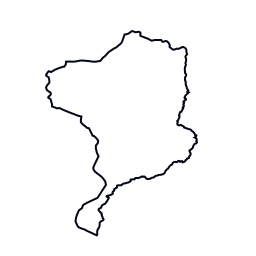 outline of Oporapa, Huila, Colombia, rotated 249°
{"feature_id": "7082276B53955243236004", "entity_name": "Oporapa", "entity_type": "district", "adm_level": 2, "iso_a3": "COL", "parent_name": "Colombia", "parent_adm1": "Huila", "projection": "equal_earth", "projection_center": [-76.08, 2.065], "detail": "fine", "context": "isolated", "style": "outline", "palette": "ink", "viewbox_px": 256, "rotation_deg": 249, "n_neighbors": 0, "source": "geoboundaries", "source_scale": "gbopen_adm2", "svg_char_len": 5701}
<svg xmlns="http://www.w3.org/2000/svg" viewBox="0 0 256 256"><g transform="rotate(249 128 128)"><path d="M216.5,158.3L211.0,153.7L209.6,152.1L207.6,146.3L207.3,145.2L207.3,143.7L205.8,137.1L203.2,132.0L202.6,129.7L200.7,126.6L200.8,124.8L201.6,121.2L203.1,117.8L204.4,115.7L205.2,114.0L207.4,109.5L208.1,107.3L208.8,103.3L209.5,100.8L211.1,96.9L212.2,94.0L209.6,92.7L208.5,91.1L208.1,90.4L208.5,89.4L208.5,87.4L208.7,85.3L208.6,83.0L208.6,80.5L208.3,79.2L207.8,76.3L208.8,75.2L209.4,74.3L208.7,72.9L207.0,70.6L206.2,70.4L203.7,72.1L201.1,71.7L199.9,71.4L198.4,70.7L196.9,67.9L195.4,66.1L193.9,65.8L192.0,66.1L189.3,68.0L188.6,68.4L187.2,68.1L186.4,67.1L185.6,64.8L184.9,64.4L182.6,66.0L176.8,65.5L175.4,64.7L173.7,66.7L171.7,68.9L171.2,71.2L168.7,73.5L164.0,78.4L157.2,86.0L155.4,88.6L153.0,87.2L150.4,86.1L147.5,87.1L144.6,88.9L142.9,89.7L141.7,91.5L133.5,92.2L132.8,93.3L130.7,94.4L129.0,95.1L126.8,95.6L124.7,94.4L123.2,91.8L120.5,90.7L116.4,90.1L112.1,90.3L105.5,83.3L103.2,81.2L101.7,81.0L99.3,81.4L92.7,85.4L90.6,86.4L86.4,87.6L82.9,87.1L73.7,74.5L73.1,65.9L72.8,62.5L72.2,58.5L69.6,56.2L68.8,52.8L66.2,50.1L63.1,47.5L59.6,45.5L54.7,45.8L52.9,46.4L50.5,49.0L48.7,51.2L46.7,52.8L43.3,56.2L39.0,60.3L39.5,61.1L41.0,61.6L43.1,62.5L43.8,63.2L44.1,63.3L44.7,64.1L45.3,65.1L45.6,65.5L47.4,66.7L49.2,67.4L49.7,67.7L50.3,68.5L50.5,69.1L50.7,71.2L51.0,72.0L51.5,72.5L52.4,72.3L52.6,72.3L52.8,72.1L53.5,72.2L54.0,72.3L55.8,72.1L56.3,72.5L56.6,72.6L57.0,72.7L57.4,72.5L57.8,72.5L58.1,72.7L58.6,72.3L59.9,71.7L60.9,71.3L62.1,71.2L62.6,71.4L62.8,71.7L63.0,72.1L63.1,74.0L63.4,74.4L64.7,75.6L65.3,76.6L65.4,77.5L65.4,78.7L65.5,79.5L66.2,80.5L66.7,81.5L67.3,82.3L67.9,83.0L68.3,83.6L68.6,83.8L69.5,85.0L70.0,85.0L70.9,84.5L71.1,84.3L71.2,83.8L71.5,83.5L71.8,83.4L72.0,83.6L72.1,84.0L72.1,84.6L71.7,87.4L71.9,89.8L72.1,90.2L72.4,90.5L73.2,90.4L73.6,90.6L73.9,91.0L74.2,91.7L74.4,92.4L74.7,92.8L75.7,93.1L75.9,93.3L76.0,93.7L76.2,95.2L76.4,96.3L76.8,96.6L77.9,96.9L78.1,97.2L78.2,97.5L78.1,97.9L77.1,100.8L77.0,101.3L77.6,103.0L77.7,104.0L77.6,104.5L77.3,105.6L77.3,107.2L77.0,108.8L77.3,110.8L77.4,111.2L77.8,111.6L78.7,111.7L78.8,111.8L78.9,112.0L78.6,112.9L78.5,113.1L78.3,114.5L78.0,114.9L77.8,115.4L77.8,115.7L78.5,116.5L78.6,116.8L78.5,117.4L78.3,118.3L77.7,119.0L77.6,119.4L77.6,120.2L77.5,121.1L77.7,122.6L77.7,123.9L77.6,124.2L77.5,124.3L77.1,124.3L76.9,125.8L76.7,126.1L76.4,126.3L75.8,126.3L75.2,126.7L74.6,126.8L73.4,127.8L73.2,128.6L72.8,129.8L72.7,130.5L73.0,132.3L72.7,133.7L72.7,134.3L72.8,134.9L73.3,136.0L73.3,137.1L73.1,138.3L73.2,139.6L72.9,140.6L72.7,141.7L72.4,142.7L72.4,143.2L72.4,144.6L72.5,145.1L72.9,145.9L73.7,146.9L74.4,147.6L74.9,148.4L75.1,148.7L75.8,150.9L76.7,152.1L77.5,153.3L77.9,154.2L78.0,154.6L78.0,155.4L78.0,155.8L78.6,156.5L79.4,157.3L79.5,157.8L79.7,159.2L79.3,160.3L78.7,161.2L78.6,161.6L78.6,161.8L78.9,162.1L79.1,162.6L79.2,163.1L79.1,163.6L78.9,164.1L78.7,164.3L78.0,164.3L77.8,164.4L77.7,164.8L77.8,165.5L77.8,166.6L77.6,166.7L76.5,166.6L76.3,166.7L76.3,166.9L76.4,167.7L76.3,168.8L76.5,169.3L76.7,169.6L77.3,170.1L77.4,170.4L77.5,171.4L77.9,172.0L78.3,172.2L78.4,172.6L78.1,173.7L78.1,174.1L78.3,174.4L78.7,174.5L79.4,174.9L79.6,175.2L80.2,176.3L80.9,176.9L81.4,177.3L82.3,177.3L83.3,177.2L83.6,177.1L84.1,177.1L84.6,177.2L85.1,177.5L85.2,178.6L85.8,180.4L86.1,181.0L86.2,181.3L86.5,181.6L87.3,182.0L87.6,182.3L89.1,184.1L89.2,184.7L89.2,185.7L89.3,186.3L89.7,187.0L89.9,187.2L90.3,187.3L91.1,187.0L91.5,187.2L92.0,187.8L92.7,188.1L93.3,188.1L93.8,187.9L94.4,187.4L95.0,187.1L95.3,186.8L95.6,188.4L96.3,189.0L96.6,189.2L97.3,188.2L97.6,188.0L97.8,188.0L98.8,188.2L100.0,187.9L101.3,187.3L102.5,186.5L104.1,185.9L104.5,185.4L104.8,184.8L106.0,183.5L106.6,182.5L107.5,181.7L108.1,180.7L108.4,180.5L109.2,180.7L109.3,180.6L109.9,180.2L110.8,179.2L111.5,178.9L111.8,178.6L112.1,178.1L112.0,177.3L112.2,176.6L112.4,176.2L112.7,175.9L113.2,175.5L113.6,175.7L114.2,175.5L114.8,175.8L115.7,176.6L116.5,176.4L116.9,176.5L117.3,177.5L117.6,177.9L118.3,178.4L118.8,179.2L119.2,179.6L120.0,179.8L120.3,180.2L120.4,180.3L121.2,180.1L121.6,180.2L121.8,180.4L122.0,180.7L122.2,180.9L123.0,181.4L123.9,182.0L124.1,182.2L124.1,182.8L124.1,183.8L125.0,184.6L125.6,185.5L125.8,185.7L126.5,185.9L126.6,186.2L126.7,186.7L126.8,186.8L127.4,186.6L127.7,186.6L128.3,187.8L128.6,188.0L129.0,188.3L129.5,188.2L130.0,188.1L130.4,188.2L130.7,188.5L131.0,189.0L131.4,189.5L131.8,189.5L132.3,189.1L132.6,189.1L132.9,189.4L133.0,189.7L133.2,190.5L133.5,191.2L133.6,192.1L133.8,192.4L134.0,192.5L134.8,192.4L135.0,192.2L135.2,191.9L135.5,191.6L135.8,191.6L136.5,191.9L136.6,192.0L136.9,192.5L137.9,193.5L138.5,195.1L139.4,197.3L140.1,196.2L140.4,196.2L140.8,196.4L141.0,196.8L141.3,197.5L141.5,197.8L143.5,197.2L144.0,197.2L145.5,197.5L146.9,197.3L148.1,197.6L148.6,197.8L149.1,197.8L150.8,198.6L151.5,198.3L152.3,198.4L154.8,199.4L155.7,200.6L156.2,201.1L156.8,201.4L157.4,201.5L159.0,200.9L159.7,201.4L160.5,201.5L162.4,202.0L163.6,202.6L164.6,203.2L165.6,204.3L166.6,204.8L167.7,204.8L168.5,205.2L169.0,205.7L169.8,206.2L171.6,207.0L172.5,207.1L173.2,207.0L173.9,207.1L174.5,207.7L175.1,208.6L175.7,209.6L176.7,209.6L178.5,209.9L180.5,210.5L181.6,210.3L182.2,210.0L183.3,209.1L184.0,208.4L184.1,207.2L183.9,205.9L183.8,203.4L184.5,202.3L184.6,201.7L184.6,199.8L184.7,198.7L185.4,197.8L188.6,195.9L189.2,196.0L189.8,196.5L190.4,196.6L192.3,196.6L193.5,196.2L195.0,195.4L195.6,194.6L195.8,193.5L195.8,192.0L196.0,191.3L196.5,190.9L198.2,190.6L200.5,184.8L201.0,181.4L204.1,178.7L209.5,172.7L210.7,172.8L211.7,173.6L212.7,173.7L213.6,173.1L214.1,172.3L214.6,169.5L216.9,166.8L217.0,166.0L216.2,163.4L216.0,161.8L216.1,160.0L216.5,158.3Z" fill="none" stroke="#020617" stroke-width="2"/></g></svg>